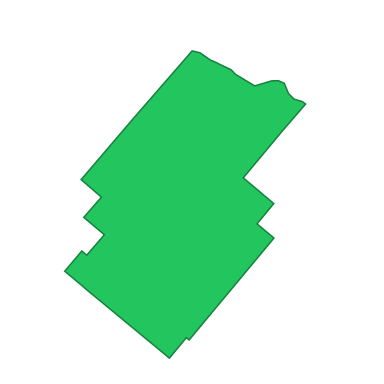 outline of Morrow, Oregon, United States of America, rotated 40°
{"feature_id": "52423323B45995509700090", "entity_name": "Morrow", "entity_type": "district", "adm_level": 2, "iso_a3": "USA", "parent_name": "United States of America", "parent_adm1": "Oregon", "projection": "orthographic", "projection_center": [-119.627, 45.46], "detail": "fine", "context": "isolated", "style": "filled", "palette": "green", "viewbox_px": 384, "rotation_deg": 40, "n_neighbors": 0, "source": "geoboundaries", "source_scale": "gbopen_adm2", "svg_char_len": 583}
<svg xmlns="http://www.w3.org/2000/svg" viewBox="0 0 384 384"><g transform="rotate(40 192 192)"><path d="M281.5,333.8L281.3,307.3L284.9,307.2L284.4,174.6L262.3,174.6L262.1,148.3L222.2,148.2L222.0,87.0L222.5,51.6L218.6,51.8L210.6,55.2L202.8,54.6L192.8,49.4L186.6,51.2L181.7,55.5L171.8,70.4L149.8,73.9L143.5,73.2L129.5,76.8L129.4,76.8L127.8,77.1L121.1,79.1L108.6,80.2L101.4,83.8L99.8,174.2L99.1,253.8L125.9,254.2L125.4,281.0L152.3,281.1L152.0,308.0L145.5,308.0L145.5,312.1L145.4,334.5L171.1,334.5L172.3,334.6L281.5,333.8Z" fill="#22c55e" stroke="#15803d" stroke-width="1.5"/></g></svg>